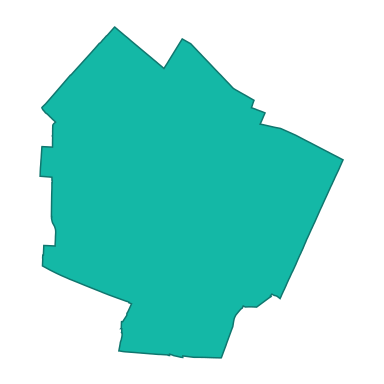 Veenendaal, Utrecht, Netherlands (Albers equal-area conic projection), rotated 179°
{"feature_id": "6326949B99010432218754", "entity_name": "Veenendaal", "entity_type": "district", "adm_level": 2, "iso_a3": "NLD", "parent_name": "Netherlands", "parent_adm1": "Utrecht", "projection": "albers", "projection_center": [5.554, 52.023], "detail": "fine", "context": "isolated", "style": "filled", "palette": "teal", "viewbox_px": 384, "rotation_deg": 179, "n_neighbors": 0, "source": "geoboundaries", "source_scale": "gbopen_adm2", "svg_char_len": 5655}
<svg xmlns="http://www.w3.org/2000/svg" viewBox="0 0 384 384"><g transform="rotate(179 192 192)"><path d="M217.3,28.9L217.3,29.1L217.3,30.3L217.2,30.3L214.0,29.2L213.7,28.9L213.0,28.7L209.2,27.8L206.1,27.0L204.1,26.7L204.0,28.3L203.0,28.1L200.1,27.7L197.4,27.3L194.6,26.9L193.1,26.7L188.6,26.6L185.3,26.5L182.3,26.4L174.5,26.0L170.0,25.8L169.2,25.8L167.8,25.7L165.6,25.7L165.1,26.9L163.3,31.6L160.4,38.9L160.4,39.1L155.2,52.6L154.1,55.4L154.0,55.7L153.7,56.2L153.6,56.6L153.4,57.6L152.7,61.6L152.4,63.0L152.1,64.3L151.8,65.2L151.5,65.9L151.0,66.9L150.3,68.2L148.2,70.7L146.1,73.1L145.3,73.9L144.7,74.5L143.8,75.0L142.8,77.1L140.7,76.1L137.4,76.2L134.0,76.1L130.6,75.9L129.5,75.8L129.4,75.8L118.2,83.8L116.2,85.2L115.3,85.7L115.0,85.9L114.8,86.1L114.7,86.2L115.4,86.7L114.6,87.6L114.4,87.9L114.1,88.3L113.9,88.5L112.9,87.9L111.6,87.2L109.9,86.8L108.8,86.3L107.8,85.5L107.4,85.2L105.8,83.9L105.5,84.6L105.1,85.3L104.5,86.6L104.1,87.6L103.3,89.2L102.6,90.7L101.7,92.5L101.3,93.2L100.5,95.0L99.6,96.8L99.3,97.6L98.5,99.3L98.0,100.4L97.4,101.6L97.0,102.5L96.4,103.7L95.7,105.0L95.4,105.7L94.4,107.8L93.9,108.9L93.4,109.8L93.2,110.3L92.9,110.7L92.5,111.5L91.5,113.6L90.9,114.8L90.5,115.7L89.9,116.9L89.7,117.3L89.5,117.7L89.2,118.4L89.1,118.7L88.8,119.3L88.7,119.6L88.3,120.4L88.1,120.9L87.7,121.8L87.3,122.6L87.1,123.2L86.7,123.9L86.4,124.6L86.0,125.5L85.5,126.5L85.3,127.0L84.8,127.9L84.5,128.5L84.2,129.1L83.9,129.8L83.4,130.9L83.2,131.3L82.9,131.8L82.8,132.1L82.7,132.2L82.7,132.3L82.5,132.7L82.2,133.4L81.8,134.1L81.5,135.0L81.0,136.0L80.8,136.5L80.7,136.8L80.6,137.1L80.2,137.9L79.8,138.8L79.3,139.8L78.1,142.7L77.4,144.0L77.1,144.6L76.7,145.5L76.4,146.1L75.6,147.7L75.2,148.6L74.9,149.3L74.2,150.7L73.8,151.6L73.4,152.5L72.9,153.4L72.5,154.2L72.0,155.3L70.8,157.8L70.5,158.5L70.3,158.7L68.3,163.0L67.8,164.1L67.5,164.8L67.4,165.0L66.9,166.0L66.1,167.8L65.7,168.6L65.2,169.7L64.7,170.8L64.3,171.7L63.7,172.9L63.0,174.4L62.7,174.9L59.7,181.3L57.6,185.6L55.8,189.4L55.5,190.0L55.4,190.3L54.9,191.3L54.5,192.1L53.3,194.7L51.5,198.2L51.1,199.2L49.6,202.2L48.9,203.8L47.6,206.4L47.4,206.8L46.6,208.4L44.9,211.8L43.1,215.8L42.0,218.1L41.9,218.4L40.4,221.5L43.7,223.3L53.5,228.6L60.3,232.3L69.7,237.4L69.9,237.5L73.7,239.6L73.8,239.6L78.8,242.3L87.2,246.9L87.4,247.0L100.2,253.0L102.4,254.0L108.1,255.2L119.1,257.9L121.2,258.4L122.7,258.6L122.5,259.1L121.8,260.5L121.2,261.8L119.9,264.7L119.3,266.1L118.0,268.9L117.6,269.8L118.7,270.3L120.6,271.1L122.9,272.0L123.7,272.3L126.0,273.2L126.8,273.6L128.4,274.2L130.5,275.0L131.1,275.2L130.7,276.3L130.3,277.3L129.8,278.9L129.4,280.0L128.9,281.3L128.4,282.6L133.9,285.9L143.4,291.5L145.2,292.6L145.8,292.9L148.0,294.3L148.6,294.7L149.5,295.5L153.0,299.4L156.1,302.7L159.1,306.0L160.2,307.2L160.6,307.7L163.8,311.0L168.3,315.9L170.9,318.8L174.8,323.0L179.9,328.5L180.2,328.9L183.6,332.5L184.2,333.2L186.2,335.4L190.7,340.3L191.8,340.9L199.1,345.2L205.2,335.7L209.3,329.3L212.9,323.7L213.0,323.6L213.5,322.7L213.9,322.1L214.5,321.1L215.4,319.8L216.8,317.7L217.9,316.0L220.8,318.6L223.5,320.9L225.7,322.9L228.3,325.1L230.0,326.6L235.1,331.0L243.3,338.1L250.1,344.0L253.3,346.9L254.6,348.0L256.4,349.5L262.8,355.1L266.4,358.3L266.5,358.3L274.1,350.0L274.8,349.6L276.9,347.3L277.7,346.4L278.2,346.0L279.4,344.6L280.4,343.4L281.1,342.7L281.3,342.5L281.9,342.4L286.4,337.4L287.0,336.7L288.1,335.6L289.7,333.8L291.2,332.2L295.7,327.4L303.5,319.1L311.1,311.0L311.5,311.0L312.3,310.1L321.3,300.0L327.0,293.6L332.3,287.7L336.8,282.7L339.8,279.9L340.3,279.4L340.6,279.1L340.5,278.4L340.0,277.5L339.5,276.6L339.3,276.4L338.7,275.7L338.4,275.4L338.1,275.0L337.7,274.5L337.4,274.0L337.2,273.9L337.1,273.7L336.7,273.4L336.1,272.9L335.7,272.8L335.6,272.7L335.0,272.1L334.1,271.2L333.6,270.7L332.7,269.7L331.6,268.7L330.8,267.8L329.9,266.9L329.5,266.5L329.2,266.3L328.4,265.5L327.5,264.6L327.2,264.3L328.9,262.8L329.4,262.2L329.7,261.9L329.8,261.7L329.9,261.4L330.0,261.0L330.1,260.7L330.1,260.4L330.1,260.2L330.1,259.5L330.2,258.1L330.2,257.2L330.2,256.9L330.3,255.1L330.3,253.0L330.4,250.9L330.7,250.7L330.6,249.9L330.4,249.7L330.4,249.3L330.4,248.2L330.5,246.7L330.5,245.7L330.6,243.2L330.6,241.9L330.7,239.3L330.8,239.3L341.2,240.0L341.3,239.6L341.6,235.8L341.9,232.4L342.2,228.4L342.4,226.8L342.8,221.8L343.1,218.9L343.3,216.0L343.6,210.4L333.2,209.4L331.8,209.2L331.8,206.3L331.6,206.3L331.6,203.7L331.9,203.7L332.0,198.0L332.3,192.3L332.5,186.0L332.7,179.9L332.8,176.3L333.0,170.0L332.8,170.0L332.7,170.0L332.7,169.0L332.9,169.0L332.9,168.8L332.9,167.9L332.7,166.9L332.5,165.8L332.3,164.8L332.0,163.8L331.7,163.1L331.2,162.2L330.3,160.5L329.9,159.6L329.6,158.6L329.3,157.5L329.1,156.6L329.0,154.9L329.0,153.9L329.0,153.7L329.3,149.8L329.4,147.2L329.6,144.0L329.7,142.8L329.8,141.1L329.8,140.4L335.9,140.8L337.2,140.9L341.1,141.1L341.3,137.8L341.7,131.5L342.2,131.5L342.3,131.5L342.5,128.7L342.4,127.4L342.8,120.9L342.8,120.7L339.4,118.8L338.9,118.5L338.2,118.1L335.4,116.5L329.3,113.3L323.8,110.6L317.8,107.9L317.4,107.7L315.5,106.8L314.7,106.5L311.4,105.1L306.2,102.9L300.9,100.6L294.0,97.7L285.6,94.2L284.1,93.6L283.6,93.3L278.2,91.1L277.8,90.9L269.5,87.7L259.0,83.7L258.3,83.6L257.7,83.3L256.8,82.8L257.0,82.4L254.4,81.3L256.3,77.2L257.3,75.2L258.1,73.5L259.2,71.8L259.3,69.9L262.0,65.9L263.6,63.5L264.7,63.6L264.8,62.8L264.9,60.7L265.0,58.7L265.1,57.0L265.5,56.6L264.6,56.5L264.7,53.3L264.4,52.3L264.7,52.3L264.3,51.6L264.5,49.1L265.4,45.2L265.8,44.3L266.1,43.4L266.3,42.7L266.4,41.9L266.9,39.3L267.9,34.4L267.0,34.3L263.9,33.7L261.6,33.4L251.9,32.5L236.9,31.0L234.6,30.8L229.7,30.3L228.5,30.2L226.1,30.1L223.6,29.9L219.6,29.6L219.0,29.6L218.7,29.1L217.3,28.9Z" fill="#14b8a6" stroke="#0f766e" stroke-width="1.5"/></g></svg>